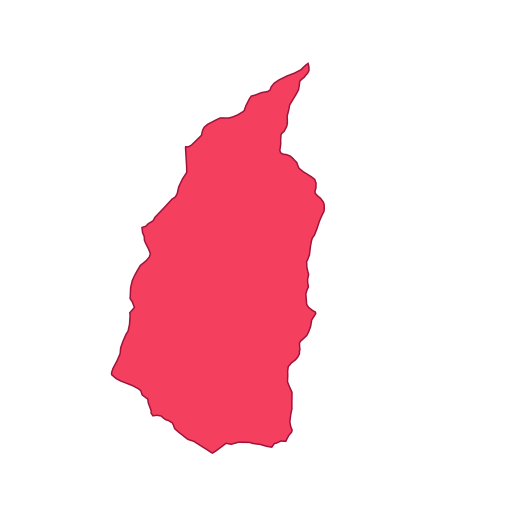 Nahi, Wangdi Phodrang, Bhutan (Mercator projection), rotated 298°
{"feature_id": "84629894B45309072751203", "entity_name": "Nahi", "entity_type": "district", "adm_level": 2, "iso_a3": "BTN", "parent_name": "Bhutan", "parent_adm1": "Wangdi Phodrang", "projection": "mercator", "projection_center": [89.813, 27.444], "detail": "fine", "context": "isolated", "style": "filled", "palette": "rose", "viewbox_px": 512, "rotation_deg": 298, "n_neighbors": 0, "source": "geoboundaries", "source_scale": "gbopen_adm2", "svg_char_len": 3202}
<svg xmlns="http://www.w3.org/2000/svg" viewBox="0 0 512 512"><g transform="rotate(298 256 256)"><path d="M227.6,141.9L223.1,145.1L220.9,148.0L217.4,150.2L215.5,152.5L211.7,157.9L208.5,161.6L205.0,162.3L200.5,161.3L197.0,159.9L193.4,158.3L186.7,158.0L181.6,158.0L176.2,158.3L168.8,160.3L163.7,162.8L159.3,164.8L157.4,168.3L153.5,172.8L146.5,171.2L144.9,172.5L136.3,176.4L129.6,178.3L125.7,178.0L118.1,178.6L111.4,179.6L105.9,181.9L98.3,182.5L89.6,182.5L85.3,183.2L83.4,184.3L82.1,190.1L82.1,195.2L83.6,208.1L83.6,214.1L83.0,217.5L79.9,220.7L78.8,227.7L75.9,229.7L70.2,236.0L68.0,237.2L66.5,240.0L68.8,243.2L69.6,245.5L70.2,247.2L69.9,248.4L69.4,250.7L69.2,252.3L69.1,253.5L69.6,255.4L69.6,257.3L69.4,258.6L69.4,260.3L68.0,262.4L66.8,263.7L65.4,265.2L64.9,267.1L64.5,268.9L64.0,271.0L63.8,272.6L63.5,274.2L63.2,275.8L62.8,277.7L62.5,279.6L62.1,281.8L62.5,284.3L62.8,286.0L63.2,287.8L63.1,289.4L62.9,291.3L62.8,293.2L62.6,295.2L62.5,297.0L62.3,299.0L62.2,300.7L62.1,302.7L61.9,304.7L61.7,306.6L61.5,308.7L61.5,310.1L65.0,312.1L67.7,313.4L70.3,314.6L72.7,315.7L74.8,316.7L76.1,317.3L76.8,317.9L77.1,319.2L77.5,320.5L78.1,322.4L79.1,323.5L80.8,325.3L82.5,327.1L83.5,328.1L84.1,329.3L85.0,331.2L85.8,332.7L87.7,336.5L88.6,338.4L88.9,340.9L91.6,348.1L93.0,354.9L94.6,359.7L98.9,360.2L100.4,361.9L104.3,364.8L106.4,369.3L107.9,369.2L113.0,369.2L117.1,370.1L119.3,369.6L121.4,367.0L125.3,363.8L129.6,362.1L133.5,360.7L138.1,359.4L140.5,358.0L152.5,351.8L157.1,345.9L159.8,342.8L165.1,340.3L169.4,337.9L173.5,336.4L178.1,337.4L182.9,339.6L186.3,340.3L189.5,340.3L190.4,340.1L192.1,339.1L193.8,338.8L196.7,336.9L199.6,335.2L202.0,335.4L203.9,336.2L209.5,338.1L213.6,338.1L219.4,337.3L225.7,335.2L233.1,335.8L234.4,334.8L234.4,331.7L235.3,326.6L237.0,323.5L245.9,317.8L249.8,317.0L253.4,316.8L256.8,314.1L259.9,312.4L264.3,311.2L266.4,309.2L269.8,306.3L274.7,303.4L278.0,303.2L281.9,302.7L290.3,299.5L294.0,298.3L296.6,297.6L298.6,297.3L301.9,297.8L308.0,297.1L316.9,295.6L323.4,295.1L327.0,295.1L329.9,294.1L331.9,292.9L333.8,291.7L335.3,290.0L337.2,286.0L338.1,281.8L339.1,278.9L340.8,277.7L344.2,277.0L348.5,274.8L351.2,271.9L351.9,268.0L352.6,258.0L353.6,252.9L355.0,251.0L357.7,248.1L358.6,245.2L359.8,241.8L360.3,238.8L359.8,235.2L358.6,232.0L358.6,229.9L359.3,228.6L360.5,227.4L363.2,226.5L366.6,225.2L370.4,223.1L375.0,221.1L376.5,221.3L379.4,222.3L384.7,222.3L388.1,221.3L391.2,219.6L394.4,217.7L396.8,217.2L400.9,216.2L405.2,214.8L408.8,215.0L418.0,215.5L422.9,215.5L427.2,214.0L430.8,212.6L433.2,213.3L436.6,214.7L438.8,215.0L441.2,215.7L444.6,215.7L447.7,214.0L450.5,211.6L448.1,210.4L444.7,209.2L441.5,208.2L435.4,204.0L429.7,199.0L422.2,193.6L417.1,190.9L412.4,190.0L409.3,190.5L406.8,189.2L402.8,184.1L397.9,179.9L394.9,176.7L391.3,176.4L384.5,176.5L380.6,177.0L379.1,177.4L377.2,176.7L371.9,173.5L368.1,170.4L365.0,167.1L361.1,159.6L356.9,156.5L349.8,151.6L345.3,149.8L342.5,149.8L340.1,150.3L337.1,151.2L334.7,150.5L327.8,148.3L323.4,146.9L320.4,144.8L319.5,142.6L318.4,143.0L303.0,152.4L297.3,155.6L289.6,154.9L280.7,155.3L274.3,157.1L270.4,157.1L266.6,155.1L257.0,152.6L242.6,148.6L238.8,148.6L234.0,145.7L230.5,144.7L227.6,141.9Z" fill="#f43f5e" stroke="#9f1239" stroke-width="1.5"/></g></svg>